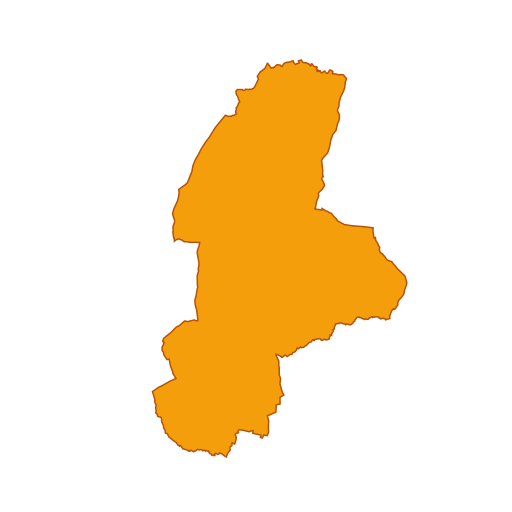 Tunja, Boyacá, Colombia (Albers equal-area conic projection), rotated 150°
{"feature_id": "7082276B30096704247804", "entity_name": "Tunja", "entity_type": "district", "adm_level": 2, "iso_a3": "COL", "parent_name": "Colombia", "parent_adm1": "Boyacá", "projection": "albers", "projection_center": [-73.373, 5.515], "detail": "fine", "context": "isolated", "style": "filled", "palette": "amber", "viewbox_px": 512, "rotation_deg": 150, "n_neighbors": 0, "source": "geoboundaries", "source_scale": "gbopen_adm2", "svg_char_len": 6133}
<svg xmlns="http://www.w3.org/2000/svg" viewBox="0 0 512 512"><g transform="rotate(150 256 256)"><path d="M416.1,129.6L415.7,125.4L415.0,125.0L414.2,123.9L413.4,123.4L411.4,120.1L411.0,119.9L410.2,120.6L409.0,119.6L407.8,117.6L405.4,117.5L403.3,117.8L402.2,116.4L401.2,116.3L399.8,115.2L399.4,113.9L397.6,113.5L397.4,112.3L396.4,112.3L395.3,111.1L394.4,110.7L394.3,110.3L394.9,109.5L395.0,108.9L394.7,107.9L394.0,107.4L393.8,105.3L392.2,104.8L392.1,104.0L391.5,103.7L391.0,104.1L390.7,105.3L390.2,105.5L389.4,105.1L388.5,103.5L386.9,103.1L385.8,103.5L384.3,101.3L383.0,98.1L382.1,96.8L380.4,98.4L379.0,99.4L375.4,100.8L374.9,102.3L374.2,103.3L373.5,103.7L371.7,103.8L370.1,106.2L368.5,103.8L365.6,106.5L364.1,108.2L363.7,109.0L363.3,111.4L362.9,112.1L362.1,112.3L359.7,111.7L359.4,111.9L359.2,113.6L357.9,113.9L357.3,113.9L354.1,111.4L349.7,107.1L348.8,107.2L345.9,106.3L347.4,104.1L341.4,98.5L341.4,98.2L342.9,96.6L341.5,95.2L338.8,97.1L336.1,94.8L333.1,97.2L331.0,101.4L327.5,106.8L326.0,111.9L316.9,110.8L312.8,117.0L309.1,115.8L306.6,120.4L305.6,121.7L301.4,121.7L301.2,125.4L299.2,133.3L296.1,137.4L295.2,141.7L292.0,147.2L290.7,150.3L288.8,153.6L288.3,159.4L287.8,160.9L285.4,158.0L284.4,155.7L284.1,155.9L283.6,155.1L282.0,155.3L281.0,155.8L280.3,155.6L279.2,153.3L276.1,153.7L273.7,153.0L272.5,154.0L270.2,153.5L267.7,154.5L266.7,155.7L266.3,155.5L265.5,154.4L263.3,155.1L262.9,155.0L262.6,153.9L260.4,153.2L259.3,153.2L258.5,153.6L257.4,153.3L252.6,154.6L251.6,154.0L251.1,154.1L248.4,155.1L248.1,154.9L248.1,153.9L247.8,153.7L246.7,154.2L244.4,153.5L241.7,152.2L241.6,150.5L241.2,150.1L240.1,149.7L238.6,149.9L237.4,148.4L236.7,148.0L234.3,147.5L233.7,147.7L232.9,149.2L231.5,149.7L231.2,150.6L230.2,149.5L229.1,151.1L228.2,151.4L226.6,152.2L226.2,153.7L224.6,153.6L224.0,154.9L222.3,156.2L221.3,156.7L221.1,157.3L220.6,157.4L217.6,155.9L215.9,155.9L213.9,153.2L213.0,152.5L212.7,151.6L211.2,151.8L209.6,149.9L208.4,149.1L205.8,149.3L204.8,150.1L203.1,150.2L202.5,151.0L200.5,151.7L200.0,152.3L199.1,152.4L198.3,152.0L196.8,151.2L196.8,150.6L195.4,149.5L195.4,148.6L194.1,147.7L193.9,146.8L192.8,146.9L191.5,145.6L190.1,145.1L188.3,145.8L187.8,145.4L186.2,145.6L185.7,145.1L185.8,144.5L184.2,144.2L183.9,143.7L182.8,143.6L181.1,142.5L180.2,141.4L180.4,140.8L179.8,140.3L179.7,139.3L177.2,138.7L176.9,138.1L175.7,137.3L175.7,135.9L173.8,135.7L172.8,135.2L171.3,135.0L170.3,137.0L166.2,140.5L163.7,141.6L163.1,140.6L161.7,140.7L157.8,142.7L156.4,144.8L154.8,146.1L149.6,147.9L146.7,149.4L143.9,152.7L139.9,155.9L138.7,157.6L137.0,164.1L139.9,174.5L141.3,182.2L141.2,183.3L143.3,185.3L144.6,187.7L144.8,191.4L145.4,193.7L145.3,194.5L146.4,196.4L146.6,197.8L145.6,200.5L144.7,201.4L144.5,202.0L144.8,203.6L144.2,206.6L144.6,209.2L143.4,212.3L144.7,212.6L144.6,213.1L142.3,219.0L140.5,221.9L149.4,228.5L157.1,233.7L163.7,239.0L167.7,245.4L167.9,248.3L168.8,250.8L169.5,255.5L170.2,256.0L171.7,258.8L172.9,260.0L175.0,264.1L175.9,262.8L181.4,267.3L179.5,269.1L176.1,273.1L171.7,276.5L170.8,278.9L169.1,279.8L164.9,280.8L161.5,282.7L160.9,284.2L160.6,287.3L160.7,289.1L160.3,290.3L159.0,291.2L158.0,291.1L157.8,292.8L155.1,297.4L151.4,306.0L149.7,307.1L142.4,309.5L138.4,313.0L132.6,319.6L128.7,322.9L123.8,324.8L119.9,329.2L116.3,331.9L114.3,334.4L113.2,336.6L112.9,340.8L111.7,342.5L110.0,343.6L108.8,344.9L107.9,346.7L103.3,351.3L97.5,355.2L94.7,357.8L91.7,362.0L89.0,364.1L89.7,369.0L91.2,370.4L94.1,371.7L95.5,373.4L98.7,375.6L98.6,376.1L97.3,376.9L97.5,378.0L98.4,379.7L99.2,380.2L99.6,380.1L101.5,378.8L102.7,378.6L103.4,378.8L103.7,379.3L104.0,381.7L105.4,382.0L106.7,381.5L107.6,381.8L107.9,382.3L107.8,384.3L108.0,384.5L109.0,384.3L109.0,385.4L109.3,385.5L110.0,385.1L110.6,385.2L110.6,385.6L109.7,386.5L110.3,387.1L110.3,387.7L108.8,388.6L108.8,389.5L110.7,390.7L111.2,392.3L111.3,394.1L111.6,394.5L112.1,394.7L113.0,393.4L113.7,393.4L114.2,396.0L115.2,396.9L115.5,397.9L117.2,399.0L118.5,400.2L118.8,401.4L118.7,403.1L121.7,403.8L122.0,403.3L121.8,402.1L122.2,401.5L123.3,401.6L124.2,402.2L125.8,402.1L126.1,402.3L126.7,404.6L126.1,406.2L127.1,406.8L130.1,407.1L131.0,407.9L134.8,408.8L135.5,408.7L138.7,407.2L139.4,407.7L139.4,409.0L141.9,411.1L143.5,411.0L145.4,410.3L146.0,410.6L146.8,410.3L147.3,410.9L148.9,411.1L149.5,416.7L149.9,417.2L150.9,416.3L154.6,414.0L155.2,413.8L156.7,413.9L157.7,413.4L159.9,413.5L164.9,411.0L165.2,410.5L165.3,408.4L165.6,407.9L172.3,403.3L174.5,402.3L175.5,402.7L176.9,402.7L178.2,403.7L179.4,403.9L181.4,405.6L183.1,405.3L183.8,405.5L184.6,406.3L184.6,407.0L188.9,409.5L190.6,409.0L191.2,408.4L192.3,405.7L192.1,403.5L192.8,400.1L193.0,397.7L194.8,397.0L197.2,395.0L199.0,394.2L199.8,392.7L201.7,391.0L201.7,389.1L204.5,388.7L206.2,389.6L207.3,389.3L208.1,389.5L208.4,390.0L209.8,390.5L212.2,393.2L227.1,387.6L236.2,382.6L242.4,380.0L250.1,376.0L255.2,372.7L260.9,369.4L265.7,365.5L269.4,361.1L278.7,353.8L281.6,353.1L289.6,352.3L290.8,349.4L294.1,345.3L296.3,343.1L303.8,337.7L307.0,334.5L307.8,331.9L308.6,327.8L309.2,326.6L309.8,325.8L312.7,323.5L313.7,322.2L315.1,319.1L315.9,318.6L318.2,313.0L318.0,312.3L319.3,309.6L317.4,309.9L314.9,309.7L314.2,309.3L312.1,306.6L311.0,304.2L309.0,303.1L306.7,301.1L304.7,299.8L302.3,298.6L298.0,295.8L300.0,293.5L303.7,290.3L305.4,288.2L309.0,278.1L311.1,275.2L312.2,274.2L313.4,271.5L316.8,268.4L321.6,259.6L322.1,258.0L323.2,257.1L327.8,251.5L331.0,248.3L333.0,244.2L334.4,238.8L338.4,229.5L339.1,229.1L339.5,229.2L341.5,231.5L347.7,233.3L349.1,234.2L349.5,234.9L350.3,235.0L350.5,235.4L358.0,233.9L359.0,234.3L360.5,234.3L368.0,232.3L377.0,230.9L379.4,229.0L379.4,227.9L378.8,226.8L383.0,223.9L384.5,221.0L384.4,218.7L385.2,216.4L384.9,210.8L382.8,210.2L384.9,204.0L386.1,197.1L386.7,196.0L386.5,190.0L393.1,190.6L403.4,190.7L405.6,191.0L413.4,190.4L415.2,182.9L416.9,179.4L416.9,176.7L418.7,175.0L420.1,171.4L421.2,170.3L421.1,169.7L420.6,169.1L421.3,166.5L420.8,165.5L419.3,164.4L419.0,163.4L419.3,162.0L420.6,159.6L420.9,155.8L421.9,153.3L421.9,150.6L423.0,148.0L421.7,146.4L421.9,142.9L419.7,137.0L418.3,134.4L418.1,130.8L417.3,130.1L417.3,129.6L416.4,129.8L416.1,129.6Z" fill="#f59e0b" stroke="#b45309" stroke-width="1.5"/></g></svg>